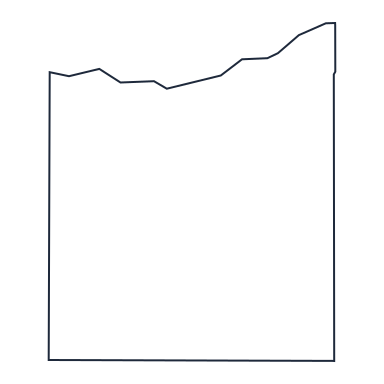 Butler, Nebraska, United States of America
{"feature_id": "52423323B7887140210254", "entity_name": "Butler", "entity_type": "district", "adm_level": 2, "iso_a3": "USA", "parent_name": "United States of America", "parent_adm1": "Nebraska", "projection": "albers", "projection_center": [-97.07, 41.251], "detail": "fine", "context": "isolated", "style": "outline", "palette": "slate", "viewbox_px": 384, "rotation_deg": 0, "n_neighbors": 0, "source": "geoboundaries", "source_scale": "gbopen_adm2", "svg_char_len": 347}
<svg xmlns="http://www.w3.org/2000/svg" viewBox="0 0 384 384"><path d="M332.6,360.9L334.2,361.0L333.8,74.4L335.3,71.7L335.2,25.5L335.1,23.0L325.8,23.3L298.9,35.1L277.9,53.2L267.4,58.2L242.0,59.3L220.8,75.5L166.8,88.7L154.0,81.2L120.5,82.5L99.3,68.9L69.0,76.2L49.7,72.2L48.7,360.0L332.6,360.9Z" fill="none" stroke="#1e293b" stroke-width="2"/></svg>